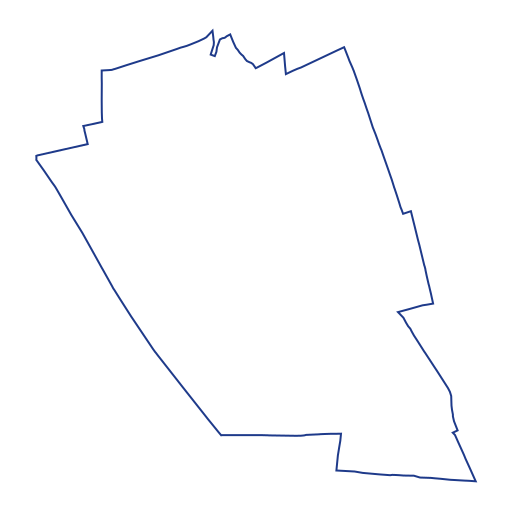 Scanteiesti, Galati, Romania (Albers equal-area conic projection)
{"feature_id": "2599482B67420724035432", "entity_name": "Scanteiesti", "entity_type": "district", "adm_level": 2, "iso_a3": "ROU", "parent_name": "Romania", "parent_adm1": "Galati", "projection": "albers", "projection_center": [27.986, 45.7], "detail": "fine", "context": "isolated", "style": "outline", "palette": "blue", "viewbox_px": 512, "rotation_deg": 0, "n_neighbors": 0, "source": "geoboundaries", "source_scale": "gbopen_adm2", "svg_char_len": 3075}
<svg xmlns="http://www.w3.org/2000/svg" viewBox="0 0 512 512"><path d="M353.4,70.1L352.5,67.8L349.4,60.8L348.3,57.8L347.7,56.3L345.6,50.9L344.4,47.9L344.1,47.2L341.1,48.6L337.2,50.4L301.0,67.5L297.4,68.8L292.8,70.8L285.9,74.1L285.1,66.3L284.0,53.0L266.5,62.6L256.6,67.8L255.7,68.2L255.2,67.4L253.6,65.1L252.9,64.1L251.2,62.9L249.2,62.1L246.9,61.0L245.6,59.5L245.4,59.3L243.1,55.9L241.4,54.5L239.6,52.6L237.8,49.9L235.9,47.8L233.2,41.9L231.7,38.2L230.5,35.2L230.2,34.4L226.6,36.3L225.2,37.5L224.0,38.0L222.4,38.2L219.9,39.5L219.4,40.9L217.3,46.5L217.0,47.3L216.9,48.0L216.4,51.8L214.8,56.1L212.3,55.2L211.8,55.0L210.7,54.6L211.2,52.9L213.7,45.2L213.9,42.1L213.5,39.5L213.3,37.3L212.5,30.7L211.6,31.6L211.3,32.0L207.7,35.8L207.3,36.2L206.4,37.2L204.2,38.5L198.5,41.2L195.8,42.3L190.1,44.6L186.7,45.9L183.3,46.9L180.7,47.6L176.8,49.0L173.3,50.2L158.4,55.3L139.4,61.1L126.4,65.2L116.6,68.4L114.4,69.1L113.8,69.2L113.0,69.5L111.7,69.9L109.0,70.1L105.4,70.3L101.7,70.5L101.7,77.8L101.8,83.5L101.7,100.4L101.8,112.4L102.0,118.5L102.3,121.9L92.8,124.0L83.3,126.0L84.3,129.0L84.5,130.8L85.0,132.7L87.7,144.1L37.5,155.4L36.3,155.9L36.4,157.7L36.4,159.1L36.3,159.9L43.6,170.1L51.8,182.1L55.0,186.5L56.1,188.3L61.0,196.8L71.4,215.1L82.3,232.8L87.5,242.1L102.0,268.2L102.6,269.2L112.1,286.2L113.3,288.5L114.1,289.6L120.0,299.0L131.1,316.4L133.2,319.5L153.2,349.3L155.3,352.2L155.7,352.6L157.9,355.5L182.6,387.0L206.3,417.0L207.7,418.8L218.5,432.1L221.2,435.3L221.8,435.1L260.4,435.1L267.8,435.3L269.1,435.4L296.1,435.8L301.1,435.7L302.1,435.6L304.2,435.4L306.2,434.9L319.5,434.3L319.8,434.2L324.6,434.0L330.8,433.8L335.7,433.8L341.0,433.7L340.3,440.8L339.3,446.7L337.9,455.3L336.4,470.5L354.6,471.5L362.7,472.9L379.5,474.4L390.2,475.2L392.1,474.9L392.9,474.9L395.8,475.0L399.3,475.2L403.0,475.5L406.4,475.6L407.3,475.6L413.9,475.7L419.9,477.5L421.2,477.6L421.9,477.6L430.9,477.9L434.9,478.3L440.8,478.8L450.4,479.8L452.4,479.9L464.5,480.6L469.1,480.8L475.7,481.3L469.8,468.1L465.5,458.7L464.0,455.0L462.1,450.8L461.6,449.7L458.2,442.2L455.0,435.0L452.8,432.7L457.6,430.4L454.0,421.2L452.9,416.3L452.9,414.6L452.0,409.8L451.5,405.7L451.2,396.0L449.9,391.8L448.0,388.1L437.5,371.7L434.0,366.4L427.0,355.7L425.3,353.1L424.9,352.5L424.3,351.7L417.0,340.2L414.0,335.6L411.7,331.5L410.3,328.7L408.2,326.3L406.1,322.8L403.4,317.7L398.0,312.1L410.2,308.8L420.5,305.9L422.6,305.3L426.8,304.7L433.1,303.6L432.8,302.2L432.4,300.4L431.7,297.2L430.9,293.5L430.0,289.8L429.0,285.5L428.9,285.1L428.8,284.9L428.6,284.2L426.7,275.9L425.5,270.2L425.3,268.8L425.0,267.8L424.7,266.5L424.3,265.5L419.4,245.2L417.9,239.6L414.5,225.7L413.4,221.3L410.9,211.2L403.1,213.8L401.7,210.0L400.5,207.1L399.4,203.4L396.9,195.5L394.5,188.3L394.1,187.4L394.1,187.2L391.8,179.8L391.7,179.5L389.8,174.1L387.9,168.6L383.6,156.4L381.4,150.0L380.8,148.7L380.7,148.4L378.9,143.7L377.7,140.2L375.6,134.4L373.3,128.6L372.9,127.7L368.2,113.1L366.6,108.6L364.7,102.9L363.2,98.8L361.9,95.0L360.9,91.9L359.9,88.6L357.4,81.2L356.5,78.6L354.0,71.6L353.8,71.0L353.6,70.4L353.4,70.1Z" fill="none" stroke="#1e3a8a" stroke-width="2"/></svg>